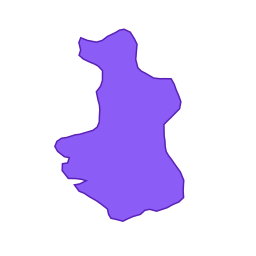 Koroveia, Cyprus (Natural Earth projection), rotated 22°
{"feature_id": "46923920B36797029965158", "entity_name": "Koroveia", "entity_type": "district", "adm_level": 2, "iso_a3": "CYP", "parent_name": "Cyprus", "parent_adm1": "", "projection": "natural_earth1", "projection_center": [34.274, 35.508], "detail": "fine", "context": "isolated", "style": "filled", "palette": "violet", "viewbox_px": 256, "rotation_deg": 22, "n_neighbors": 0, "source": "geoboundaries", "source_scale": "gbopen_adm2", "svg_char_len": 1265}
<svg xmlns="http://www.w3.org/2000/svg" viewBox="0 0 256 256"><g transform="rotate(22 128 128)"><path d="M85.1,106.3L89.7,113.2L92.8,117.3L95.1,121.8L96.9,127.3L99.1,133.2L99.1,138.7L96.4,143.3L89.6,148.7L85.6,151.9L81.5,154.2L74.8,159.7L70.2,162.4L67.1,167.0L67.1,172.5L71.6,176.1L79.7,178.4L84.7,177.5L85.1,183.0L80.6,185.7L82.9,192.1L91.5,197.1L98.7,194.4L104.1,193.0L109.0,192.6L104.1,198.0L99.6,200.8L106.3,204.9L111.8,204.9L118.5,206.3L125.7,207.2L131.2,208.5L139.3,210.8L142.4,215.4L146.0,218.1L151.0,217.2L158.2,216.3L162.3,211.7L165.9,208.1L171.8,203.5L174.5,198.0L178.5,195.3L185.7,194.4L194.3,187.1L197.9,182.5L202.9,177.5L205.6,171.6L202.9,166.1L201.1,161.1L199.3,155.6L193.0,149.2L184.4,143.7L180.3,141.0L175.8,138.3L172.2,135.5L169.5,131.4L167.2,126.4L164.5,121.8L160.0,111.3L161.8,106.8L164.1,101.7L168.6,90.8L167.2,83.9L163.2,79.4L158.2,74.4L154.6,70.3L149.6,66.2L143.8,68.4L139.3,70.3L133.0,72.1L123.5,70.7L119.0,70.3L114.5,68.4L109.5,61.6L106.8,52.9L105.0,47.0L100.5,42.9L94.2,38.3L87.4,37.9L83.3,40.6L80.6,44.3L74.8,50.6L71.2,56.6L66.6,60.2L62.1,61.1L57.6,62.0L50.4,62.0L50.4,67.1L54.9,73.5L55.4,78.9L60.8,80.8L68.0,81.2L72.5,81.2L77.0,81.7L82.9,84.4L86.5,93.5L86.9,99.5L85.1,106.3Z" fill="#8b5cf6" stroke="#5b21b6" stroke-width="1.5"/></g></svg>